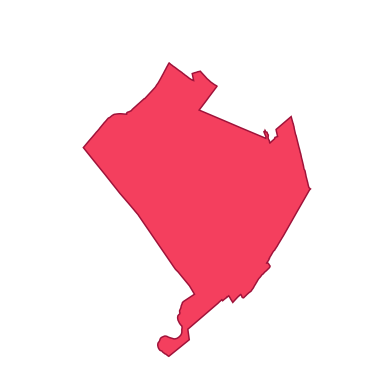 the district of Teslui, Olt, Romania, rotated 321°
{"feature_id": "2599482B32514865350694", "entity_name": "Teslui", "entity_type": "district", "adm_level": 2, "iso_a3": "ROU", "parent_name": "Romania", "parent_adm1": "Olt", "projection": "robinson", "projection_center": [24.367, 44.554], "detail": "fine", "context": "isolated", "style": "filled", "palette": "rose", "viewbox_px": 384, "rotation_deg": 321, "n_neighbors": 0, "source": "geoboundaries", "source_scale": "gbopen_adm2", "svg_char_len": 5787}
<svg xmlns="http://www.w3.org/2000/svg" viewBox="0 0 384 384"><g transform="rotate(321 192 192)"><path d="M286.0,264.2L285.8,263.6L285.8,263.0L285.7,262.3L285.7,262.0L285.8,261.8L286.3,260.6L286.9,259.3L287.6,258.0L289.0,254.9L289.8,253.2L290.3,252.0L291.3,250.2L292.0,248.8L292.5,247.9L292.9,247.1L293.3,246.2L293.4,245.0L293.9,243.9L295.1,241.8L297.8,236.2L298.5,234.6L299.6,232.5L300.0,231.7L300.4,230.9L300.7,230.3L300.9,229.8L301.0,229.4L301.6,228.2L302.6,226.1L303.4,224.2L304.6,221.7L305.7,219.3L306.5,217.6L308.3,213.8L308.6,212.8L308.9,212.0L309.2,211.4L310.4,209.0L311.3,207.2L312.5,205.1L312.6,204.7L313.0,203.9L313.6,202.7L313.9,201.7L314.8,199.7L315.0,199.2L316.5,195.8L296.7,196.3L296.0,197.5L295.7,198.1L294.9,199.8L293.4,202.8L292.5,202.4L290.8,201.8L290.7,201.9L290.4,202.2L290.1,202.2L289.9,202.4L289.8,202.6L285.6,202.8L283.4,203.0L283.4,202.7L283.5,202.3L283.8,201.7L284.1,201.4L284.4,200.9L284.5,200.3L284.5,200.0L284.6,199.5L284.6,199.2L284.8,198.7L284.9,198.4L285.1,198.2L285.3,197.7L285.5,197.5L285.8,197.1L286.3,196.7L286.6,196.4L286.9,196.1L287.2,195.7L287.2,195.1L287.2,194.6L287.4,194.3L287.4,194.1L287.5,193.7L287.7,193.3L287.9,192.8L287.8,192.6L287.7,192.4L287.6,192.2L287.4,192.1L287.2,191.9L287.2,191.7L286.9,191.3L286.7,191.0L286.7,190.9L286.8,190.8L287.0,190.7L287.6,190.3L287.6,190.2L287.5,190.3L287.3,190.4L286.8,190.3L285.8,190.4L285.7,190.7L285.6,191.1L285.1,192.6L285.0,193.1L284.9,193.5L284.7,194.0L284.6,194.3L284.5,195.1L284.4,195.4L284.2,195.6L283.1,196.7L270.3,172.8L263.5,159.9L249.1,132.8L256.1,131.1L261.0,129.9L264.7,128.9L276.3,126.0L277.5,125.7L277.9,125.6L278.0,125.5L278.0,125.3L278.0,125.1L277.9,124.9L277.3,123.4L277.1,123.0L276.1,119.4L275.8,118.4L275.5,116.2L275.0,113.3L274.9,110.8L274.5,104.6L274.5,103.4L271.9,102.1L270.6,101.7L269.4,101.1L266.7,100.1L264.4,104.5L264.1,104.9L264.0,105.1L264.0,105.3L263.7,105.7L263.6,106.0L263.4,106.4L263.2,106.1L262.8,105.6L262.6,105.2L262.5,104.6L262.2,104.1L262.0,103.7L261.9,103.1L261.7,102.7L261.5,102.1L260.8,99.0L260.6,98.3L260.4,97.4L260.2,97.0L260.1,96.4L260.0,95.7L259.7,94.7L259.5,93.9L259.4,93.1L259.3,92.6L258.9,91.2L258.6,90.1L258.5,89.9L258.4,89.6L258.0,88.0L257.7,86.7L257.6,86.2L257.3,85.0L257.2,84.6L256.9,83.6L256.8,83.2L256.7,83.1L256.5,82.5L256.4,81.5L256.1,80.7L256.1,80.4L256.0,80.2L255.8,79.5L255.7,78.6L255.5,77.9L255.5,77.4L255.2,77.3L254.8,77.5L253.5,78.0L252.9,78.3L250.8,79.1L249.3,79.8L246.6,80.9L246.2,81.1L244.8,81.7L244.3,81.9L243.5,82.3L242.5,82.6L241.1,83.3L240.9,83.3L239.3,84.0L236.0,85.3L234.7,85.8L234.1,86.0L233.1,86.3L231.8,86.6L230.0,87.3L229.5,87.4L229.2,87.5L214.0,89.7L213.6,89.4L199.6,90.1L198.6,90.2L197.8,90.2L197.3,90.3L196.4,90.5L196.1,90.6L195.8,90.5L194.7,90.3L193.6,90.0L193.4,90.0L192.8,89.7L192.5,89.6L191.9,89.4L191.0,89.5L190.8,89.6L190.6,89.7L190.6,90.0L190.5,90.3L190.2,90.4L189.7,90.0L187.2,87.6L185.5,86.0L184.7,85.4L182.9,84.2L180.9,83.0L180.4,82.7L180.0,82.6L179.5,82.5L178.1,82.3L177.2,82.3L174.7,82.3L174.3,82.2L174.1,82.1L173.9,82.0L173.7,81.9L172.9,82.0L171.6,82.2L170.4,82.5L169.5,82.6L169.1,82.7L168.6,82.8L167.8,82.8L167.0,83.0L166.1,83.2L162.2,84.0L160.6,84.3L159.2,84.7L158.0,84.9L157.1,85.1L155.4,85.3L152.0,86.0L151.3,86.1L148.8,86.6L148.7,86.6L144.2,87.4L135.5,89.1L135.4,106.4L135.4,106.8L135.4,123.0L135.2,139.9L135.2,140.1L135.2,141.4L135.1,147.8L135.5,159.7L135.7,168.9L135.7,172.0L135.8,172.9L135.8,173.3L135.7,173.5L135.8,174.4L135.8,176.4L135.7,176.5L130.9,236.5L130.8,237.4L130.5,241.7L130.9,245.5L130.9,250.7L131.0,263.3L129.6,273.0L116.2,271.7L115.5,271.9L115.0,271.9L114.0,272.6L112.0,273.7L110.3,275.1L107.7,276.4L106.7,277.7L106.6,278.3L105.7,279.0L105.2,279.0L104.2,279.1L103.2,279.3L102.0,280.3L101.2,281.4L100.7,282.4L100.4,283.0L100.2,284.1L99.8,285.6L99.6,287.5L99.6,288.5L99.8,289.6L99.0,291.1L97.4,292.6L96.6,293.7L95.6,294.8L94.5,295.6L93.1,296.2L91.0,296.5L89.1,296.4L88.3,296.3L86.7,295.6L85.9,295.1L85.4,294.6L84.8,293.7L83.9,292.4L83.0,291.1L82.3,289.9L81.7,288.5L80.9,287.4L80.0,286.7L78.4,286.2L76.7,285.8L75.4,285.9L74.3,286.5L73.2,287.2L72.3,287.6L71.6,287.7L70.8,287.9L69.8,288.6L68.9,289.6L68.1,291.1L67.7,292.3L67.6,292.7L67.5,293.8L67.5,294.9L67.9,295.7L68.4,296.4L68.5,296.8L68.5,297.4L68.5,298.0L68.8,299.3L69.0,300.1L69.2,300.9L69.4,301.2L69.7,301.7L69.8,302.1L69.9,302.7L70.0,303.2L70.1,303.7L70.2,304.0L70.3,304.4L70.6,305.1L96.9,305.1L102.4,296.0L142.4,294.8L143.3,294.7L144.2,294.6L147.4,294.5L147.4,295.8L149.9,295.7L151.5,295.8L152.8,295.7L153.1,295.6L153.1,295.8L155.2,295.8L155.0,298.0L154.7,299.3L154.2,303.5L155.3,303.3L160.9,302.5L162.9,302.3L163.1,302.3L163.4,302.4L163.5,302.4L165.3,302.2L165.4,302.3L165.4,302.7L165.3,303.0L165.3,303.4L165.0,304.4L164.9,304.8L164.7,305.5L164.8,305.9L165.5,306.7L165.8,306.7L167.3,306.5L168.0,306.5L169.6,306.3L170.8,306.2L173.0,306.1L173.3,306.1L174.1,306.2L174.6,306.2L175.5,306.2L175.8,306.2L176.2,306.1L177.0,305.7L178.5,305.4L179.4,305.1L180.2,304.8L180.7,304.5L182.1,304.0L183.6,303.5L185.0,302.9L185.8,302.7L186.9,302.2L187.2,302.1L187.7,301.9L189.2,301.4L190.3,301.2L191.3,301.1L192.5,300.8L193.1,300.7L193.4,300.5L194.0,300.4L194.8,300.3L195.0,300.4L195.3,300.4L195.5,300.4L195.9,300.4L196.3,300.4L196.8,300.2L198.1,300.0L198.8,300.0L199.3,300.0L199.9,300.0L201.1,299.9L203.0,299.7L203.6,299.7L204.8,299.4L205.5,299.2L206.1,298.6L206.1,297.7L206.2,297.0L206.3,296.4L206.3,296.1L206.3,295.6L206.3,295.1L206.1,294.8L205.4,294.4L205.3,294.2L207.7,293.5L209.1,293.0L209.5,292.8L209.7,292.7L210.2,292.1L210.7,292.2L210.8,292.1L211.9,291.5L212.5,291.3L213.2,291.1L214.5,290.6L216.0,290.0L216.8,289.7L218.6,289.2L219.1,289.2L219.4,289.2L219.7,289.2L220.5,288.8L222.2,288.3L223.3,287.9L223.8,287.8L226.6,286.7L236.3,283.2L262.8,272.8L284.2,264.5L285.1,264.3L286.0,264.2Z" fill="#f43f5e" stroke="#9f1239" stroke-width="1.5"/></g></svg>